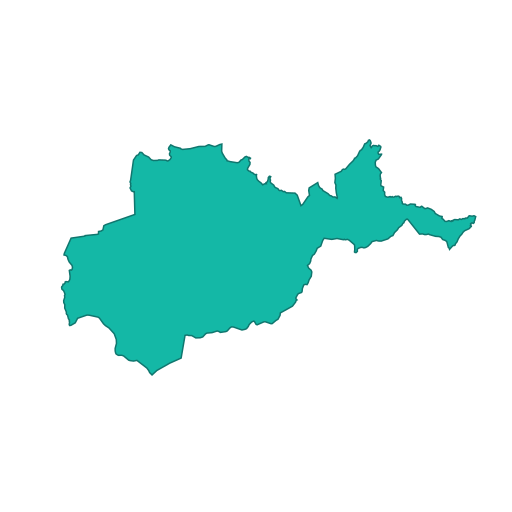 outline of Xochitlán de Vicente Suárez, Puebla, Mexico, rotated 213°
{"feature_id": "50627088B61548157381216", "entity_name": "Xochitlán de Vicente Suárez", "entity_type": "district", "adm_level": 2, "iso_a3": "MEX", "parent_name": "Mexico", "parent_adm1": "Puebla", "projection": "mercator", "projection_center": [-97.672, 19.934], "detail": "fine", "context": "isolated", "style": "filled", "palette": "teal", "viewbox_px": 512, "rotation_deg": 213, "n_neighbors": 0, "source": "geoboundaries", "source_scale": "gbopen_adm2", "svg_char_len": 6124}
<svg xmlns="http://www.w3.org/2000/svg" viewBox="0 0 512 512"><g transform="rotate(213 256 256)"><path d="M374.5,96.2L373.5,97.0L371.2,101.5L371.7,106.6L365.6,114.4L363.7,115.5L355.2,118.7L353.6,118.7L347.0,116.1L344.3,115.6L340.2,115.6L332.6,113.6L327.7,109.9L325.4,106.7L323.8,101.8L322.4,99.7L321.0,98.3L319.8,97.6L317.4,97.7L314.6,99.6L312.7,100.1L306.1,99.3L304.6,99.7L301.5,101.2L299.0,103.6L286.5,102.6L283.6,101.5L281.7,100.3L278.4,99.6L276.8,106.0L270.0,119.1L263.2,129.6L272.3,150.8L270.7,152.3L269.3,152.6L266.5,154.3L261.9,154.5L258.2,157.1L256.6,159.1L255.9,163.3L255.1,164.7L251.1,167.8L247.7,172.0L245.3,172.6L244.4,172.4L240.1,176.2L239.3,177.5L238.7,181.5L237.9,183.3L236.1,184.2L227.5,186.3L225.3,188.5L224.4,189.8L224.2,191.1L224.1,192.8L224.4,194.8L223.7,198.3L222.4,200.2L221.6,200.2L218.7,198.7L217.6,198.9L213.5,205.1L212.4,205.9L206.5,207.4L205.6,208.1L204.1,213.0L203.1,214.9L203.5,219.3L204.6,221.5L198.1,233.8L197.7,238.9L198.2,240.7L197.7,241.5L199.4,242.0L199.8,242.6L200.1,245.8L200.0,247.5L197.9,250.3L198.1,251.5L199.4,254.0L200.2,257.8L199.2,259.1L197.6,259.8L197.7,261.9L198.5,265.1L198.6,269.1L200.5,273.0L202.1,274.1L205.2,274.5L207.7,276.1L206.9,278.8L207.4,281.6L208.3,283.3L208.9,287.2L208.1,289.4L208.3,293.1L208.9,295.8L207.1,299.6L208.5,305.3L208.5,308.0L201.5,311.2L197.6,314.8L191.5,317.3L191.1,318.1L190.1,318.1L188.3,319.8L186.4,320.0L179.7,319.1L178.7,318.1L176.7,315.2L175.6,313.0L174.8,312.9L173.9,313.4L173.5,315.1L174.7,316.8L174.4,318.1L172.8,320.3L171.6,321.1L169.9,321.6L168.7,322.8L167.5,325.0L166.6,328.9L166.5,331.3L163.4,334.7L161.6,335.2L159.1,336.7L154.7,342.2L153.6,346.0L152.3,347.7L152.6,351.0L151.7,355.0L151.8,357.4L150.4,361.1L150.6,363.3L150.1,364.3L150.5,366.3L149.9,368.6L149.4,369.3L148.4,369.3L130.8,363.4L128.4,365.2L126.3,365.8L124.9,366.7L123.3,368.4L122.2,368.4L116.1,370.3L113.3,371.9L111.2,372.5L108.4,371.5L105.4,372.2L103.6,371.8L99.3,367.9L98.1,367.8L97.3,367.0L96.6,371.5L96.0,372.5L95.2,373.0L95.0,373.7L95.4,374.9L95.1,377.2L95.7,380.5L95.8,383.8L95.3,386.2L95.3,388.6L94.8,390.8L92.2,394.9L91.9,395.9L92.1,396.4L91.5,398.0L91.7,398.4L92.9,398.5L92.9,399.5L93.6,400.0L92.9,401.5L91.6,401.6L91.2,402.8L91.9,404.0L92.0,405.2L93.2,408.7L95.1,408.5L96.4,407.1L98.9,406.0L99.2,405.6L99.4,403.0L101.1,401.8L101.1,401.0L102.9,400.0L103.7,398.5L105.3,398.1L106.1,396.5L109.2,394.8L110.1,393.5L109.9,393.1L110.3,392.9L110.4,392.2L111.0,392.2L111.3,391.9L111.2,391.2L113.5,390.7L114.8,388.9L116.3,388.0L119.1,388.8L120.3,388.7L120.8,389.0L121.1,390.2L121.4,390.5L123.8,389.5L128.8,389.3L130.8,390.4L134.4,390.6L138.3,389.8L139.5,388.2L140.3,387.7L144.1,388.0L144.5,387.5L144.8,386.2L148.9,384.6L150.1,385.1L150.2,385.8L150.7,386.0L154.8,383.7L156.0,381.6L157.2,380.7L158.9,380.9L160.8,379.7L162.0,379.8L162.6,380.8L164.1,381.7L165.3,383.6L166.4,384.2L167.4,383.2L168.3,383.9L169.1,383.8L170.4,382.8L170.6,382.3L171.5,382.1L172.5,380.4L173.4,379.9L174.1,380.0L174.7,379.0L175.6,379.0L175.8,378.5L176.5,378.4L177.1,377.3L177.9,376.9L180.0,376.4L181.7,377.7L182.8,379.6L185.0,380.2L186.5,383.3L189.3,383.0L190.0,383.4L192.0,387.4L193.4,388.0L193.7,388.9L194.2,389.0L194.5,389.8L195.5,390.7L196.4,392.6L196.2,394.3L200.8,396.0L204.1,396.1L205.4,397.3L207.0,399.5L207.5,401.8L206.2,404.0L206.0,409.5L206.2,409.8L208.4,408.1L209.7,408.8L210.2,409.8L209.8,411.0L209.8,412.5L210.6,415.4L211.2,415.8L213.3,415.8L213.5,414.2L215.5,413.9L216.7,413.0L217.5,412.9L218.4,411.7L218.3,409.6L218.5,409.5L220.6,410.8L220.9,413.2L221.3,413.7L222.9,414.9L224.0,415.2L224.7,414.3L224.4,412.7L225.0,410.6L225.9,409.2L225.2,405.2L225.4,404.4L225.3,402.6L226.0,401.4L226.1,400.2L225.4,395.3L225.9,392.5L226.6,391.6L226.3,390.7L226.4,388.6L227.5,383.9L228.2,378.0L228.9,376.9L230.0,376.5L230.6,375.5L230.6,373.5L234.2,367.6L231.7,364.3L229.8,360.5L227.6,359.0L226.0,356.3L223.1,352.8L219.6,349.3L219.4,348.5L221.8,348.6L223.6,347.4L225.9,347.4L227.0,346.9L229.5,347.5L235.6,347.3L236.9,348.1L239.2,348.0L240.3,348.3L242.0,349.2L244.2,351.2L248.5,342.1L247.5,339.7L244.1,335.9L244.7,333.9L244.9,324.8L245.7,322.7L254.6,329.5L255.4,329.6L257.5,330.0L265.0,325.5L267.2,325.7L268.2,324.8L270.5,324.9L271.6,323.8L272.7,323.7L274.3,324.4L276.8,324.0L278.0,324.1L279.7,325.1L283.7,325.4L284.8,326.4L285.2,327.6L285.9,327.9L286.8,329.2L286.8,330.5L287.6,330.5L288.2,330.2L288.4,328.5L287.6,327.0L286.9,324.6L287.6,322.9L286.7,322.3L288.2,321.1L289.1,319.4L291.9,320.1L294.2,320.2L296.2,320.6L297.6,321.4L299.6,323.7L299.7,324.5L300.1,324.6L300.6,323.9L302.5,323.6L303.4,323.9L306.5,323.5L307.0,323.9L308.3,323.4L310.2,323.7L310.8,325.1L311.0,329.5L312.0,331.3L313.6,331.8L314.9,333.4L314.9,334.5L313.9,334.4L313.9,335.0L315.5,335.0L316.4,334.4L318.3,334.3L319.2,333.1L320.0,329.5L320.9,328.3L321.3,325.3L322.5,324.0L329.0,321.1L332.3,320.1L332.9,320.8L335.1,321.3L340.3,323.9L341.9,325.2L345.6,331.3L347.2,329.6L349.4,326.1L350.6,325.1L356.0,323.7L356.6,323.2L358.4,320.2L363.5,316.8L369.6,310.2L375.6,305.4L377.1,304.9L378.0,305.2L383.9,303.2L388.0,302.8L388.2,299.8L387.8,298.3L386.7,297.6L385.2,297.5L384.5,296.3L384.3,294.7L383.4,293.6L381.1,293.0L380.7,292.4L380.6,290.2L381.4,288.1L382.1,287.4L383.6,287.3L384.6,286.8L389.8,283.7L390.7,282.5L394.1,280.2L396.4,279.6L399.9,280.5L404.9,279.8L408.1,280.6L409.8,279.8L409.8,276.7L410.9,275.2L411.0,269.7L402.4,251.2L402.0,249.5L400.6,248.7L400.2,247.6L398.9,246.4L398.7,244.5L395.9,242.8L393.8,243.1L393.1,243.6L380.2,224.9L399.2,200.3L400.1,198.5L398.6,194.5L399.5,192.6L401.4,190.8L400.1,188.7L401.0,187.6L410.5,180.0L410.4,179.4L420.8,170.3L418.2,153.9L417.6,152.3L415.5,153.0L413.8,152.7L411.8,150.8L409.3,149.2L405.1,147.9L403.7,146.5L402.9,144.5L403.2,143.5L404.2,143.2L404.7,142.2L400.9,137.8L399.4,135.1L399.2,133.8L399.3,132.1L401.5,131.0L401.9,130.2L401.4,129.4L401.6,128.1L402.5,127.2L401.9,125.9L402.2,124.4L401.9,123.7L400.6,122.4L398.8,122.2L397.7,121.7L395.2,119.8L395.1,118.6L393.9,117.2L393.0,113.8L391.8,112.2L389.8,111.0L388.1,108.2L384.6,105.8L383.6,104.3L382.9,103.9L382.0,103.9L379.1,101.2L377.6,100.7L377.3,99.8L376.4,99.1L375.4,96.9L374.5,96.2Z" fill="#14b8a6" stroke="#0f766e" stroke-width="1.5"/></g></svg>